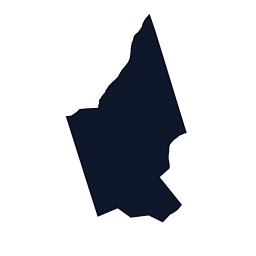 outline of General Juan F.Quiroga, La Rioja, Argentina, rotated 71°
{"feature_id": "61730980B64076546006472", "entity_name": "General Juan F.Quiroga", "entity_type": "district", "adm_level": 2, "iso_a3": "ARG", "parent_name": "Argentina", "parent_adm1": "La Rioja", "projection": "orthographic", "projection_center": [-67.011, -30.806], "detail": "fine", "context": "isolated", "style": "filled", "palette": "ink", "viewbox_px": 256, "rotation_deg": 71, "n_neighbors": 0, "source": "geoboundaries", "source_scale": "gbopen_adm2", "svg_char_len": 2484}
<svg xmlns="http://www.w3.org/2000/svg" viewBox="0 0 256 256"><g transform="rotate(71 128 128)"><path d="M28.4,71.2L29.3,72.8L30.7,75.3L30.9,75.5L31.0,75.7L31.3,75.9L31.4,76.1L31.7,76.3L31.9,76.5L32.0,76.9L32.1,77.2L32.3,77.5L32.7,77.7L33.1,78.0L33.4,78.5L33.8,78.9L34.2,79.3L34.6,79.6L34.9,79.8L35.2,80.1L35.6,80.4L35.8,80.5L36.0,80.7L36.3,80.8L36.6,80.9L37.2,81.5L37.8,82.2L38.9,83.4L39.7,84.7L40.7,86.1L41.5,87.4L41.8,88.5L42.2,89.4L42.6,90.5L43.4,91.6L45.0,93.0L45.8,93.4L47.0,94.1L47.4,94.4L47.6,94.6L48.5,95.5L49.0,96.1L49.7,96.5L50.5,96.8L51.3,97.4L52.3,97.9L53.2,98.4L54.3,98.9L57.8,100.4L61.3,102.1L63.8,103.6L65.9,105.7L66.5,106.3L70.1,111.7L71.5,114.4L77.0,120.7L78.8,124.3L80.1,127.6L80.6,128.3L81.0,129.4L81.4,130.3L81.8,130.9L82.2,131.7L82.6,132.3L83.3,133.3L83.8,133.8L84.2,134.3L84.6,134.9L84.8,135.2L85.5,136.1L86.2,136.7L86.9,137.2L87.6,138.0L87.8,138.4L88.1,138.9L88.5,139.8L88.9,140.3L89.5,141.3L89.9,142.0L90.1,142.3L90.9,143.1L91.6,144.0L92.2,144.8L92.5,145.5L93.1,145.8L94.9,146.3L96.3,147.3L97.0,147.9L97.2,148.0L97.9,148.3L98.9,148.7L99.8,149.1L99.9,149.5L99.9,149.9L99.8,150.2L99.0,152.9L98.5,155.0L98.1,156.0L97.6,157.7L97.5,158.0L97.0,159.8L96.6,161.0L96.6,161.6L96.5,162.3L96.0,163.7L95.8,164.8L95.4,166.1L95.4,166.5L95.3,167.0L95.2,168.0L95.8,169.1L96.7,170.8L97.2,172.6L98.6,177.8L97.4,182.3L104.1,182.4L131.2,183.1L138.5,183.3L143.9,183.4L148.1,183.5L156.9,183.8L201.2,184.8L199.8,163.5L213.0,154.2L216.7,136.6L227.6,125.7L223.0,116.8L222.7,115.9L222.7,115.1L222.6,114.3L222.4,113.5L222.2,112.6L222.0,111.8L221.8,111.0L221.7,110.2L221.4,109.4L221.1,108.6L220.8,107.8L220.4,107.1L220.0,106.4L219.5,105.7L219.1,105.0L218.7,104.3L218.2,103.6L217.8,102.9L184.4,115.0L179.9,104.4L179.7,103.6L179.4,102.8L178.8,102.3L178.1,101.9L177.3,101.6L176.5,101.4L175.6,101.3L174.8,101.1L174.0,101.0L173.2,100.8L172.4,100.6L171.6,100.5L170.7,100.4L169.9,100.2L169.1,100.0L168.3,99.7L167.6,99.4L166.8,99.1L166.0,98.8L165.3,98.4L164.5,98.0L163.8,97.6L163.0,97.3L162.3,97.0L161.5,96.7L160.7,96.4L159.9,96.1L159.2,95.8L158.4,95.4L157.8,94.9L157.1,94.4L156.5,93.8L156.0,93.1L155.6,92.4L155.2,91.7L154.8,90.9L154.3,90.2L153.9,89.5L153.6,88.7L153.3,87.9L153.1,87.1L152.8,86.3L152.6,85.5L152.3,84.7L152.1,83.9L151.7,83.2L151.4,82.4L151.3,81.6L151.2,80.7L151.1,79.9L151.0,79.1L151.0,78.2L150.9,77.4L150.8,76.6L150.9,75.7L151.0,74.8L128.1,74.1L119.2,73.8L83.3,72.5L71.6,72.1L64.9,71.9L44.3,71.2L44.1,71.2L28.4,71.2Z" fill="#0f172a" stroke="#020617" stroke-width="1.5"/></g></svg>